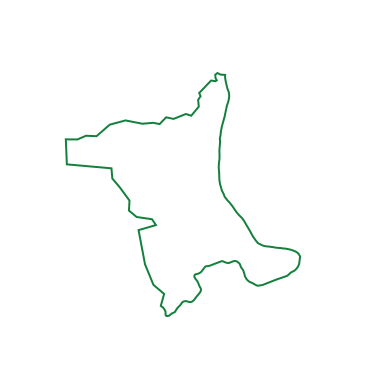 the district of Bella Unión, Artigas, Uruguay, rotated 132°
{"feature_id": "84410073B35452988121510", "entity_name": "Bella Unión", "entity_type": "district", "adm_level": 2, "iso_a3": "URY", "parent_name": "Uruguay", "parent_adm1": "Artigas", "projection": "natural_earth1", "projection_center": [-57.576, -30.371], "detail": "fine", "context": "isolated", "style": "outline", "palette": "green", "viewbox_px": 384, "rotation_deg": 132, "n_neighbors": 0, "source": "geoboundaries", "source_scale": "gbopen_adm2", "svg_char_len": 2670}
<svg xmlns="http://www.w3.org/2000/svg" viewBox="0 0 384 384"><g transform="rotate(132 192 192)"><path d="M297.5,139.0L297.5,138.0L297.3,137.1L297.2,136.5L297.3,135.7L297.6,134.2L298.4,132.2L298.7,131.6L299.2,131.0L299.9,130.5L300.5,129.9L300.9,129.5L301.2,129.1L301.2,128.8L301.2,128.4L301.2,128.1L301.1,127.8L300.7,127.3L300.3,127.0L299.8,126.6L299.2,126.3L295.4,125.6L293.5,124.7L293.0,124.5L292.3,124.5L288.3,125.2L283.6,125.0L280.9,125.4L280.1,125.4L279.3,125.1L278.3,124.5L277.2,123.6L276.5,122.3L275.5,120.4L275.0,119.6L274.5,119.2L273.8,118.8L273.0,118.5L272.5,118.4L271.6,118.3L270.4,118.2L269.2,118.4L267.9,118.5L266.5,118.6L264.0,118.7L261.7,118.8L260.6,119.0L259.6,119.3L259.0,119.7L258.5,120.1L258.0,120.6L257.7,121.2L257.3,122.6L256.5,124.5L255.3,126.8L254.7,128.4L254.2,131.4L253.6,133.3L252.9,134.0L251.8,134.5L251.0,134.4L250.2,133.9L248.9,132.9L247.0,132.1L245.2,131.7L239.0,132.2L238.3,132.1L237.5,131.6L236.1,130.3L234.2,129.1L231.1,127.6L228.3,126.1L224.2,124.0L223.7,123.7L223.0,123.1L221.8,119.6L220.7,117.7L219.8,116.9L218.9,116.5L215.5,114.8L214.1,113.4L213.5,111.8L213.4,109.6L213.5,108.3L215.0,105.5L215.9,101.6L217.5,98.7L219.2,96.3L220.3,93.1L220.4,90.8L220.2,88.7L219.5,87.1L218.7,83.5L218.1,81.2L217.9,80.9L217.8,80.7L217.3,80.1L214.0,77.4L201.0,70.9L190.7,65.2L189.0,64.9L185.8,64.7L181.8,63.2L179.2,63.0L176.4,63.3L173.7,64.3L167.6,68.5L166.6,71.4L166.6,73.4L167.0,75.3L167.7,77.4L168.9,80.2L170.0,82.1L171.1,84.0L172.2,85.6L173.2,86.8L174.0,88.1L175.2,89.7L176.3,91.2L177.4,92.6L178.6,94.7L180.0,96.7L181.4,98.8L183.3,101.3L184.5,103.7L185.9,108.9L185.2,113.0L184.6,115.4L184.4,116.6L183.4,119.4L181.6,124.6L180.2,129.3L178.5,134.3L177.9,137.8L177.7,141.7L177.2,145.5L175.3,153.3L175.3,153.6L174.7,157.0L174.4,160.8L174.2,161.5L173.7,164.5L172.2,167.4L170.9,170.8L167.4,176.4L164.8,179.6L162.9,181.5L159.2,185.0L157.8,186.6L155.3,189.1L153.0,190.9L152.4,191.4L150.0,193.0L147.5,195.0L142.4,199.8L139.3,202.1L135.8,204.8L133.6,207.1L130.7,208.8L127.7,211.0L124.9,212.7L123.8,213.4L113.8,218.4L109.4,221.0L104.9,223.6L101.3,225.2L100.4,225.6L98.0,227.0L95.7,228.6L93.3,231.3L91.4,235.0L87.5,240.6L84.7,244.1L84.0,244.7L82.8,245.7L85.6,249.3L86.6,252.7L89.3,253.2L91.7,250.6L92.4,248.3L94.0,248.7L96.4,252.4L113.6,252.9L115.1,249.7L119.4,249.1L124.0,244.1L135.8,243.6L138.2,248.8L150.0,254.6L153.8,261.2L163.2,261.5L166.4,267.0L174.5,274.6L183.3,289.3L197.0,298.2L214.4,300.3L221.1,308.4L229.6,312.3L237.3,321.0L255.2,303.5L228.3,267.7L235.3,260.2L236.9,248.5L240.2,232.7L248.0,226.4L247.6,216.4L239.0,203.5L240.7,196.7L256.1,206.2L277.2,178.5L286.8,158.5L286.4,144.5L297.5,139.0Z" fill="none" stroke="#15803d" stroke-width="2"/></g></svg>